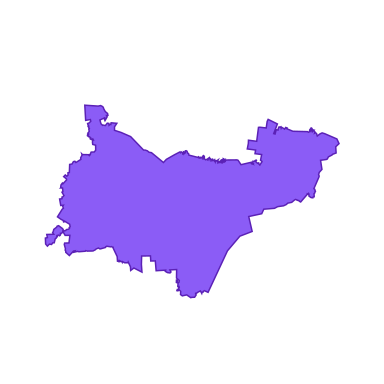 Tecpatán, Chiapas, Mexico (Albers equal-area conic projection), rotated 170°
{"feature_id": "50627088B96420175301119", "entity_name": "Tecpatán", "entity_type": "district", "adm_level": 2, "iso_a3": "MEX", "parent_name": "Mexico", "parent_adm1": "Chiapas", "projection": "albers", "projection_center": [-93.585, 17.19], "detail": "fine", "context": "isolated", "style": "filled", "palette": "violet", "viewbox_px": 384, "rotation_deg": 170, "n_neighbors": 0, "source": "geoboundaries", "source_scale": "gbopen_adm2", "svg_char_len": 6045}
<svg xmlns="http://www.w3.org/2000/svg" viewBox="0 0 384 384"><g transform="rotate(170 192 192)"><path d="M277.4,136.8L276.4,136.5L275.7,137.3L274.8,136.6L275.3,136.0L273.9,136.0L273.1,135.5L272.9,134.8L272.5,135.5L270.6,134.0L267.3,133.4L267.0,134.0L265.6,129.0L266.0,125.4L262.4,127.2L255.2,121.8L254.4,129.5L252.7,137.7L244.0,136.3L244.6,131.2L240.1,130.5L241.0,120.7L231.5,119.6L232.1,118.5L230.2,116.9L227.7,116.1L226.6,116.9L227.3,119.1L220.6,118.3L222.2,110.0L219.9,107.0L220.4,105.5L222.3,105.8L221.6,107.9L222.6,108.0L223.1,105.6L221.5,104.7L222.4,101.5L222.0,100.8L221.2,101.1L221.1,100.3L222.3,98.6L223.4,98.6L224.0,97.5L223.0,97.1L221.6,97.8L220.4,96.1L221.1,93.0L219.6,91.4L215.1,91.6L211.5,88.1L210.7,88.3L207.7,87.9L205.8,89.9L206.1,90.7L206.0,92.2L205.6,91.3L203.1,92.5L200.9,93.1L200.0,90.4L199.5,91.5L198.3,91.6L198.1,92.1L197.0,92.7L193.6,90.4L167.3,127.9L152.5,140.2L139.6,142.7L140.4,158.0L127.1,158.5L124.3,162.6L113.6,161.6L110.2,162.7L104.2,162.5L101.3,163.3L99.6,164.4L95.6,164.5L92.3,166.4L91.3,166.7L90.0,166.0L89.9,165.6L88.2,165.0L87.9,164.2L86.7,163.3L79.1,169.5L78.8,170.2L78.2,169.7L77.5,170.4L77.2,169.8L77.5,167.6L75.7,165.8L74.0,165.3L73.7,166.0L72.5,166.1L72.1,169.2L71.1,169.9L70.9,170.8L70.3,171.3L70.6,172.1L70.6,173.3L71.4,174.1L64.2,185.0L64.0,185.8L64.3,187.1L63.3,189.2L60.1,191.7L59.9,200.9L54.0,200.7L53.0,201.0L51.6,202.9L47.7,204.1L47.0,204.7L43.3,205.4L42.6,211.6L38.8,214.1L40.1,219.1L51.2,226.4L53.6,227.6L55.9,227.0L58.9,225.4L59.2,227.9L60.2,229.1L61.1,228.7L60.6,230.1L61.8,231.5L61.2,231.8L61.6,232.0L62.5,231.3L62.8,231.8L63.1,231.5L62.6,230.9L63.1,230.5L63.2,231.1L64.4,231.9L64.3,232.4L63.8,232.3L64.4,233.0L63.8,233.0L63.6,233.8L62.6,232.8L62.9,233.9L63.5,234.4L64.9,233.0L64.4,232.4L65.2,232.2L64.8,231.5L65.1,231.1L65.6,231.5L65.8,231.0L66.8,230.6L67.8,231.4L82.1,234.3L87.7,237.9L87.2,238.5L88.5,239.3L89.9,237.9L92.5,240.2L93.1,239.4L93.2,240.8L94.0,240.5L94.9,241.0L95.9,239.8L96.5,238.1L98.3,238.7L100.1,234.7L101.4,235.3L96.1,244.2L104.4,250.3L105.7,248.5L107.8,242.2L113.9,244.0L115.3,244.1L119.5,230.7L127.4,233.2L128.1,230.0L130.1,224.8L122.1,222.3L123.3,218.8L116.9,216.8L119.0,211.3L118.0,210.4L117.8,209.7L120.5,206.8L121.2,207.8L121.3,209.1L122.5,208.9L124.3,211.3L122.5,212.1L124.0,212.2L125.7,211.2L126.5,211.7L126.7,211.1L127.5,210.7L127.6,209.8L126.9,209.4L127.3,209.2L127.1,208.8L128.3,209.4L128.0,210.0L128.6,210.2L128.2,211.0L139.0,210.4L141.1,215.2L142.1,215.8L152.9,217.6L153.4,217.1L153.9,217.0L154.0,216.3L155.3,215.8L155.5,215.9L155.2,217.0L154.4,218.0L154.7,217.9L154.9,219.1L155.4,219.4L155.5,217.9L156.6,218.6L157.2,218.4L158.1,218.7L157.2,217.8L158.9,217.6L156.2,217.1L157.1,216.9L156.3,216.7L156.9,216.5L156.7,216.3L156.9,215.7L157.7,216.7L158.0,216.5L157.7,215.9L158.1,215.7L158.6,216.8L158.8,216.5L159.1,216.9L159.6,216.6L159.5,217.2L161.4,216.2L161.4,217.0L160.3,217.3L161.6,217.8L160.7,219.1L161.8,218.6L163.3,218.6L163.8,217.7L164.0,219.8L164.5,219.4L164.2,218.3L164.9,217.9L164.4,218.3L164.7,219.4L166.7,219.4L165.7,220.1L166.0,220.8L167.9,220.6L168.0,221.0L168.5,220.5L168.8,222.9L170.3,222.2L170.1,221.8L170.8,220.7L171.6,221.6L173.1,221.4L174.1,222.7L174.0,223.5L174.8,222.6L175.6,222.8L175.2,223.7L173.7,224.3L173.7,224.8L174.7,226.4L174.6,225.9L175.0,225.4L174.6,225.0L174.9,224.7L176.7,224.4L177.1,224.0L177.5,224.6L178.2,224.1L178.6,224.6L178.8,224.2L179.0,224.3L178.8,224.7L179.2,225.1L179.6,225.0L179.6,225.5L180.5,225.2L188.7,228.9L188.7,230.5L189.6,231.1L189.8,233.0L190.6,233.7L191.4,233.7L191.7,232.3L192.3,232.5L192.2,231.5L192.6,231.3L192.7,232.8L193.3,233.1L193.3,232.7L193.7,232.4L194.2,230.7L194.6,231.0L194.5,232.2L195.8,233.5L196.6,232.7L197.2,233.5L202.6,231.8L211.6,228.6L215.0,226.0L225.1,237.8L227.4,238.6L228.8,240.3L230.8,241.4L232.4,241.7L242.8,257.2L251.4,262.9L257.6,266.2L257.0,269.6L254.1,272.7L259.6,274.2L260.2,272.6L260.7,272.9L262.1,272.1L262.0,274.0L263.5,274.5L265.8,272.5L268.1,273.4L268.5,273.2L269.8,275.0L270.2,278.9L265.2,280.2L265.6,278.7L265.3,277.4L262.5,280.8L262.9,282.2L261.5,282.1L261.5,284.0L263.4,286.2L264.4,289.0L264.7,290.9L265.6,292.0L267.0,293.0L269.5,292.9L282.5,296.1L284.3,281.0L279.5,281.0L279.4,279.2L281.5,277.8L282.9,277.6L282.7,275.1L282.4,275.2L282.3,274.8L282.9,274.6L282.1,272.3L282.7,272.0L282.7,269.5L284.4,268.0L283.7,267.1L284.3,266.0L284.9,266.4L285.2,265.6L283.8,264.1L283.4,264.3L282.4,262.9L282.8,262.6L282.4,262.3L282.8,261.8L281.8,261.0L280.5,261.5L280.0,260.2L280.8,260.1L281.4,258.4L281.5,256.1L278.8,254.8L279.6,249.9L281.3,248.4L284.4,248.8L285.7,246.9L285.6,246.7L286.7,245.6L287.0,245.8L286.8,246.6L293.4,247.9L293.9,248.6L293.8,247.5L295.7,245.0L295.8,243.4L301.2,241.2L302.0,242.6L303.5,242.5L305.3,240.4L307.7,240.4L309.4,232.5L310.8,232.5L311.2,230.1L312.5,229.3L313.8,230.8L315.7,229.4L313.4,226.7L313.4,225.7L317.7,222.5L318.1,223.3L319.8,221.7L320.4,219.7L320.1,219.1L320.6,218.8L318.8,218.4L319.1,214.7L320.1,214.4L318.7,210.7L320.2,209.6L320.9,209.6L321.2,208.0L323.6,208.1L323.6,201.5L321.0,201.3L321.8,200.4L321.5,198.3L322.8,197.6L328.8,190.9L325.8,187.9L322.7,185.5L324.3,184.8L322.0,184.9L318.1,181.5L318.0,179.0L319.1,178.3L318.9,177.6L319.9,176.8L322.2,176.8L323.1,176.0L324.9,175.8L325.8,178.4L329.2,182.0L330.7,181.8L331.5,180.8L334.6,179.2L335.6,177.0L336.3,176.3L335.5,174.4L342.4,175.4L342.3,172.2L344.4,172.1L345.2,166.2L343.8,163.8L341.5,165.4L339.4,164.7L338.0,166.1L336.5,165.9L334.8,169.7L333.9,170.0L333.2,171.1L332.4,171.3L332.2,171.8L332.7,172.2L332.6,172.6L330.7,172.7L330.0,171.9L329.2,172.4L328.5,173.6L328.7,174.1L327.4,174.1L326.5,174.8L326.1,175.8L324.5,171.3L319.8,170.5L322.0,163.2L326.3,163.8L326.9,162.5L326.5,158.0L327.0,156.8L326.6,155.7L326.8,154.5L323.8,150.7L319.0,154.4L317.5,154.4L318.5,153.2L315.2,153.4L313.7,152.8L307.4,152.2L306.8,152.7L305.5,152.0L299.8,151.1L297.2,151.9L296.2,152.6L293.8,153.1L292.7,152.0L291.8,151.9L286.8,152.4L286.6,153.0L285.4,153.4L281.6,152.1L280.7,152.2L279.7,151.3L278.6,151.2L279.4,151.1L279.4,150.5L276.9,141.4L277.4,136.8Z" fill="#8b5cf6" stroke="#5b21b6" stroke-width="1.5"/></g></svg>